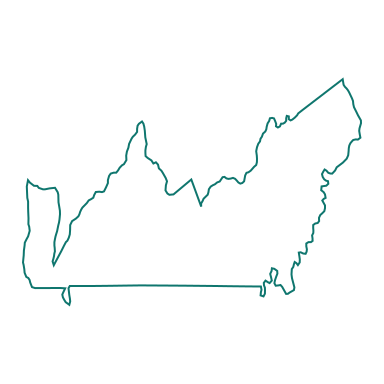 outline of Mocajuba, Pará, Brazil
{"feature_id": "56859067B75461053821024", "entity_name": "Mocajuba", "entity_type": "district", "adm_level": 2, "iso_a3": "BRA", "parent_name": "Brazil", "parent_adm1": "Pará", "projection": "equal_earth", "projection_center": [-49.463, -2.55], "detail": "fine", "context": "isolated", "style": "outline", "palette": "teal", "viewbox_px": 384, "rotation_deg": 0, "n_neighbors": 0, "source": "geoboundaries", "source_scale": "gbopen_adm2", "svg_char_len": 4199}
<svg xmlns="http://www.w3.org/2000/svg" viewBox="0 0 384 384"><path d="M247.8,286.4L260.9,286.5L261.5,289.8L260.9,292.2L260.6,295.4L263.5,296.4L264.9,293.7L265.0,290.6L264.9,287.7L264.0,285.4L263.8,282.9L265.5,280.6L267.9,282.2L269.6,283.1L271.8,280.6L271.0,277.0L270.2,273.9L271.6,270.9L271.9,268.3L274.3,268.8L277.2,270.9L277.4,273.6L276.2,276.7L275.0,280.2L274.4,283.2L275.7,285.7L278.5,285.4L280.5,285.0L282.2,286.9L286.1,293.9L287.9,293.8L289.5,292.6L293.9,290.1L294.4,287.4L293.2,282.8L292.0,278.2L291.5,274.4L291.8,269.1L293.3,266.9L293.9,264.3L294.7,262.0L296.4,263.1L297.9,265.1L299.7,262.4L299.8,259.4L299.4,256.4L298.8,252.6L300.7,252.3L303.2,253.5L305.6,253.8L306.6,251.7L306.9,249.3L306.3,246.3L306.3,243.5L308.5,242.1L311.0,242.1L312.6,240.9L312.5,238.2L312.1,235.4L313.3,233.0L313.4,230.6L313.2,228.0L313.2,225.0L315.2,223.5L317.7,223.0L319.1,221.1L319.0,217.8L320.3,215.0L322.0,213.5L324.3,211.2L325.0,208.2L325.0,205.4L323.9,203.4L322.3,200.5L323.7,198.9L325.6,197.9L325.0,194.4L323.7,192.2L321.2,190.2L321.6,186.4L326.3,185.7L328.3,183.8L328.0,181.2L326.1,180.7L324.2,179.3L322.7,176.9L322.0,174.1L323.2,171.8L324.6,169.5L326.4,170.6L328.3,172.8L330.3,173.5L332.2,173.6L335.1,170.5L336.7,167.3L342.9,162.6L346.7,158.7L348.2,155.3L348.6,151.2L348.8,148.1L349.3,145.5L350.4,143.2L351.8,141.5L353.2,140.0L355.8,139.4L357.9,139.6L360.4,137.7L359.7,134.0L359.2,130.9L359.5,128.4L361.0,123.2L360.9,120.4L358.0,115.3L356.7,112.6L354.0,107.2L353.3,104.2L353.0,101.0L352.0,98.4L349.1,92.3L347.9,90.2L346.5,88.4L344.9,86.8L343.6,84.8L343.1,81.8L342.7,79.2L302.4,110.1L298.2,113.4L297.1,115.3L294.7,117.7L292.3,119.6L290.6,120.4L288.8,119.2L288.8,116.4L286.8,115.9L286.2,118.2L286.2,120.8L284.7,122.7L282.9,123.7L281.1,123.7L279.9,126.4L277.9,127.5L276.0,126.3L276.2,123.9L275.2,121.2L274.0,118.4L272.1,117.9L269.9,118.3L269.2,120.9L267.6,123.4L266.7,126.7L266.3,129.3L265.3,131.5L263.0,133.6L261.9,136.7L260.5,138.8L260.0,141.4L258.3,143.7L257.0,147.2L256.2,151.2L256.8,155.6L257.0,158.8L256.9,162.2L256.2,165.0L254.1,166.8L252.2,169.0L250.7,170.7L248.4,172.3L246.5,172.8L245.2,175.4L244.1,181.3L242.3,183.0L240.3,183.6L238.4,182.5L236.8,180.6L235.1,178.8L233.0,177.9L230.6,178.6L228.4,178.9L226.4,178.4L224.5,176.9L222.6,177.2L219.7,181.5L217.2,182.4L214.9,184.3L212.9,185.2L210.7,186.6L208.9,189.2L208.4,192.3L207.7,194.7L203.6,198.7L202.5,201.2L201.1,203.5L201.2,206.6L191.3,179.5L173.5,194.4L169.4,194.8L167.4,193.5L165.5,190.4L165.9,185.3L167.0,181.3L165.7,178.0L162.8,172.9L161.4,170.7L158.9,168.4L158.0,164.6L155.9,162.3L153.4,163.5L151.4,160.4L147.6,157.9L145.6,156.1L145.4,153.0L145.4,150.4L145.9,146.9L146.7,144.1L145.3,137.4L144.8,130.7L144.2,126.6L143.4,123.6L142.0,121.5L138.9,123.8L137.6,125.7L137.1,128.8L137.1,131.9L135.1,134.6L132.8,136.8L131.6,138.6L129.1,143.9L128.4,147.7L126.9,151.6L126.2,155.6L126.4,160.1L123.9,164.2L122.0,165.3L119.7,167.7L118.0,170.5L116.2,172.7L113.6,172.7L110.7,173.6L109.1,175.9L107.9,180.1L107.9,183.1L106.1,187.2L104.0,191.4L102.0,192.1L99.3,191.7L95.8,192.0L94.2,195.0L93.3,197.7L91.0,199.2L88.7,200.4L86.8,203.1L82.4,207.6L81.2,209.6L80.1,212.0L79.4,214.3L78.4,216.3L75.9,218.6L72.1,221.1L70.2,225.0L70.1,230.0L69.8,234.4L68.8,237.7L67.4,240.7L65.9,242.1L64.1,245.5L61.3,251.1L55.1,262.7L53.8,265.2L52.6,261.4L53.4,258.7L54.0,256.2L54.3,253.7L54.9,251.4L54.7,248.0L54.4,245.5L54.4,242.2L54.9,239.4L55.5,236.5L56.2,234.1L57.1,231.2L58.3,225.3L59.0,222.6L59.5,219.4L60.0,214.2L59.9,210.7L59.3,207.0L58.5,202.3L58.3,194.7L57.7,192.2L55.0,187.8L49.5,188.4L45.1,189.3L42.9,189.3L38.8,187.9L37.3,185.9L34.0,185.8L29.9,182.6L28.0,180.2L26.8,186.5L27.3,197.9L28.1,201.6L28.1,207.8L28.2,211.5L28.5,218.3L28.4,224.2L29.2,226.7L29.7,230.8L28.1,236.4L26.6,239.1L24.8,242.7L24.6,245.4L23.9,250.6L23.7,255.4L23.0,262.5L23.6,264.9L24.3,269.2L24.6,272.7L26.3,276.9L28.3,278.0L29.6,280.0L30.2,282.5L32.0,287.1L35.1,288.1L58.0,288.0L60.3,288.0L65.2,288.3L64.2,290.4L63.2,292.5L62.3,294.6L62.9,297.3L64.1,299.6L65.7,302.2L67.7,303.6L69.3,304.8L70.2,301.4L69.9,298.5L69.3,295.0L68.5,288.2L69.8,286.0L92.4,286.0L110.8,285.8L124.7,285.6L140.6,285.4L173.9,285.6L186.5,285.7L215.8,286.0L229.4,286.2L247.8,286.4Z" fill="none" stroke="#0f766e" stroke-width="2"/></svg>